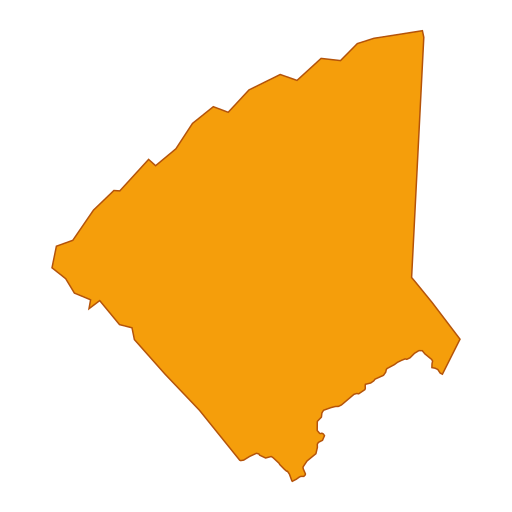 the district of Greene, Tennessee, United States of America
{"feature_id": "52423323B75014079638055", "entity_name": "Greene", "entity_type": "district", "adm_level": 2, "iso_a3": "USA", "parent_name": "United States of America", "parent_adm1": "Tennessee", "projection": "equal_earth", "projection_center": [-82.804, 36.17], "detail": "fine", "context": "isolated", "style": "filled", "palette": "amber", "viewbox_px": 512, "rotation_deg": 0, "n_neighbors": 0, "source": "geoboundaries", "source_scale": "gbopen_adm2", "svg_char_len": 1542}
<svg xmlns="http://www.w3.org/2000/svg" viewBox="0 0 512 512"><path d="M442.4,374.2L460.0,339.2L447.7,323.0L432.1,302.5L414.9,281.4L411.6,277.5L423.8,37.3L422.4,30.7L373.9,38.3L357.3,43.6L340.5,60.6L321.1,58.4L297.0,80.4L280.2,74.5L249.0,89.9L228.2,112.3L213.3,106.7L192.5,123.4L175.9,148.8L155.6,165.7L148.6,159.4L119.8,190.9L113.9,190.5L93.5,210.1L72.8,240.3L56.4,246.2L52.0,267.8L65.7,278.7L74.4,293.1L90.6,299.8L89.0,308.7L99.7,300.6L119.5,324.6L132.0,327.8L134.4,339.6L165.1,374.2L199.4,410.2L239.7,460.2L240.7,460.6L243.7,460.1L249.7,456.4L256.4,453.3L258.8,453.9L259.7,455.2L265.6,458.0L271.2,456.5L273.1,457.7L279.0,463.2L279.8,464.6L284.4,469.3L286.6,471.2L287.4,471.2L289.4,474.1L291.8,480.7L292.3,481.3L296.2,479.3L299.7,476.8L301.1,476.4L303.8,476.4L305.3,474.8L305.4,473.8L303.3,469.0L303.0,467.6L303.2,466.7L307.0,461.0L315.9,453.7L317.4,447.3L317.3,444.3L317.9,443.1L318.9,442.1L322.5,440.3L324.5,435.7L323.4,434.0L321.9,433.2L320.8,433.6L319.7,433.4L317.2,430.5L317.3,422.1L317.4,421.3L321.4,417.1L321.9,413.0L322.8,411.4L323.7,410.2L331.0,407.6L335.3,406.5L338.5,406.4L341.5,404.9L354.0,394.3L356.7,393.5L358.7,393.8L364.9,389.6L365.3,388.3L365.2,385.9L365.4,384.3L370.7,383.0L373.7,380.9L375.1,379.1L383.5,375.3L385.7,372.2L386.3,369.5L387.1,368.5L394.4,364.6L397.5,362.3L401.4,360.4L405.1,358.9L406.8,359.3L410.0,357.8L414.5,353.3L418.9,350.6L422.3,350.7L424.9,353.9L431.6,359.4L432.6,361.1L432.0,363.8L431.9,367.6L435.1,368.2L437.8,369.5L440.2,373.1L442.4,374.2Z" fill="#f59e0b" stroke="#b45309" stroke-width="1.5"/></svg>